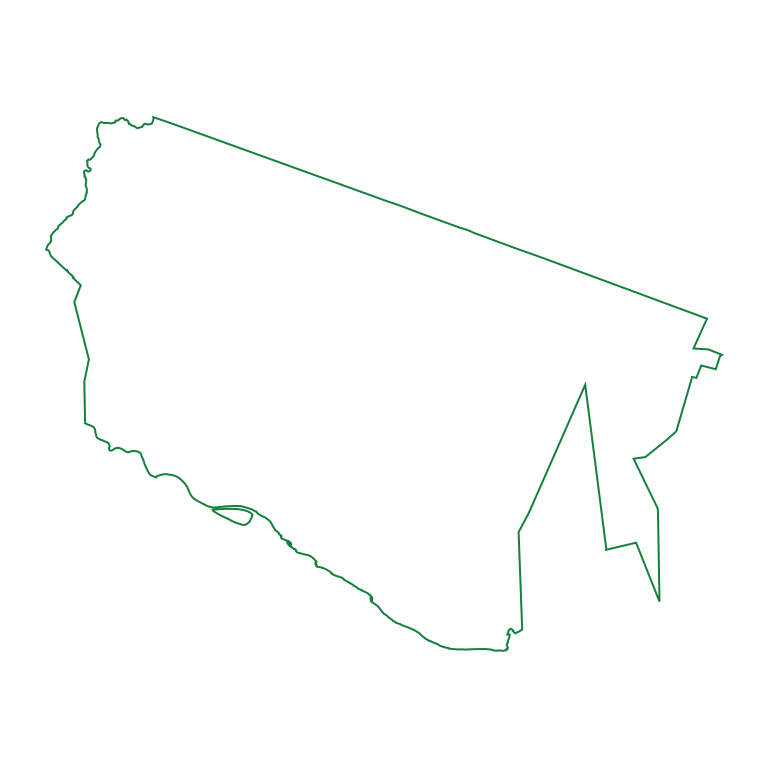 outline of San Luis Río Colorado, Sonora, Mexico
{"feature_id": "50627088B17136177006846", "entity_name": "San Luis Río Colorado", "entity_type": "district", "adm_level": 2, "iso_a3": "MEX", "parent_name": "Mexico", "parent_adm1": "Sonora", "projection": "robinson", "projection_center": [-114.67, 31.992], "detail": "fine", "context": "isolated", "style": "outline", "palette": "green", "viewbox_px": 768, "rotation_deg": 0, "n_neighbors": 0, "source": "geoboundaries", "source_scale": "gbopen_adm2", "svg_char_len": 5985}
<svg xmlns="http://www.w3.org/2000/svg" viewBox="0 0 768 768"><path d="M156.1,477.5L157.2,475.8L159.1,475.5L161.1,474.8L165.0,474.1L167.5,474.3L173.4,475.3L177.0,476.7L178.6,477.7L181.0,479.6L184.9,483.6L187.4,487.3L189.4,492.3L190.7,494.9L192.3,497.1L193.9,498.6L199.3,501.9L207.2,506.0L211.9,507.3L213.8,507.5L217.5,507.3L224.1,506.5L235.4,505.9L240.2,506.1L243.6,506.8L251.7,509.3L255.5,511.4L256.6,511.8L257.0,512.7L258.6,514.2L263.3,516.7L265.3,517.6L269.5,520.7L271.4,523.4L273.3,527.1L274.7,529.0L274.7,529.4L275.0,529.9L278.8,532.9L278.8,533.6L279.4,534.6L280.5,535.0L281.3,535.6L281.5,536.0L281.4,536.4L280.8,536.8L280.8,537.0L281.5,537.7L281.5,538.5L282.9,539.1L284.9,539.7L285.1,540.0L288.2,541.0L289.6,541.9L290.5,542.8L291.1,543.7L291.2,544.4L290.9,544.9L290.5,544.5L289.6,544.1L288.0,542.5L287.3,542.5L287.4,543.0L288.4,544.5L289.0,544.9L289.1,545.4L289.8,545.8L289.8,546.1L291.0,546.7L290.9,546.8L293.3,548.4L293.6,548.8L294.9,549.3L294.7,549.0L295.1,549.1L295.6,549.5L296.1,550.2L296.0,550.6L296.3,551.5L297.0,552.2L297.4,552.5L303.9,554.3L308.3,555.2L310.7,556.2L313.7,558.6L315.3,560.5L316.2,561.2L316.5,562.2L316.2,562.7L315.9,562.6L315.7,562.3L315.6,563.2L316.6,565.1L316.2,565.0L316.6,565.5L316.3,565.9L316.4,566.1L316.9,566.7L321.1,567.4L324.1,568.4L326.6,569.6L329.9,571.6L332.7,574.0L331.7,573.6L331.6,573.8L336.1,575.9L338.1,576.4L338.1,576.5L339.0,576.7L341.9,577.7L343.0,578.4L343.0,578.6L343.6,579.0L343.9,579.6L353.4,585.1L353.5,585.7L356.1,586.8L357.3,587.9L356.6,587.5L356.3,587.5L357.3,588.0L358.4,588.8L361.7,590.1L361.6,590.4L366.4,592.5L368.1,593.6L368.8,594.4L370.9,595.9L372.1,597.5L372.3,598.6L371.9,600.2L371.6,599.5L371.5,598.3L371.6,598.0L371.3,597.6L371.2,596.6L370.8,596.0L370.7,596.9L371.3,598.0L371.1,598.2L371.2,599.4L371.8,600.9L372.4,601.7L370.8,600.0L371.0,601.2L371.4,601.7L372.9,602.8L375.4,604.2L376.1,605.0L377.1,605.6L379.0,607.5L380.5,609.8L381.7,611.0L381.8,611.5L383.4,613.3L386.5,615.4L389.1,617.8L391.8,619.5L392.8,620.8L393.4,620.9L395.0,621.9L395.7,622.4L395.6,622.5L396.2,622.9L399.9,624.0L403.0,625.6L408.9,627.7L414.7,630.3L419.7,633.6L420.7,634.8L424.4,637.8L425.3,638.4L425.3,638.6L428.5,640.3L428.7,640.8L430.4,641.1L431.3,641.5L432.5,642.3L433.5,642.4L434.6,643.2L435.3,643.2L437.2,644.0L439.9,645.6L442.2,646.6L445.0,647.4L447.6,647.9L449.3,648.4L449.2,648.6L451.8,649.0L457.3,649.4L463.5,649.4L464.7,649.6L472.3,649.2L485.2,649.0L490.7,649.5L493.6,650.3L495.6,650.7L499.3,650.5L503.4,650.8L505.8,650.1L506.2,650.3L506.6,649.8L506.6,649.1L507.3,649.1L507.6,648.8L507.4,648.5L507.5,647.8L507.8,647.1L506.6,645.0L507.1,643.6L507.5,643.3L507.4,642.8L507.5,642.3L508.0,641.8L508.2,639.8L508.9,638.6L509.2,637.7L509.4,636.4L509.7,635.0L509.7,634.6L509.1,634.3L507.4,634.5L508.3,631.4L509.0,630.0L510.6,628.7L513.0,630.2L513.1,631.3L514.6,632.9L515.3,633.3L515.5,633.1L518.8,631.7L522.2,629.6L518.6,532.1L528.8,513.0L585.2,384.8L606.3,549.1L606.1,549.8L636.1,542.7L659.5,601.6L658.0,513.0L657.7,508.4L633.6,458.7L645.3,457.1L667.0,439.6L676.3,431.3L691.3,380.0L692.0,376.9L696.4,377.9L701.2,365.5L715.8,369.2L720.0,356.2L721.9,354.8L708.3,349.4L693.5,348.5L707.0,318.7L539.6,256.8L515.6,248.3L474.0,232.9L468.0,230.2L459.3,227.5L421.9,213.9L399.2,205.3L388.2,201.6L166.7,121.7L153.8,117.4L153.3,117.2L153.5,118.8L153.4,119.4L152.3,122.9L151.2,123.9L148.0,124.6L145.8,123.8L144.8,123.9L143.7,124.5L143.2,125.6L142.3,126.4L142.2,126.9L141.8,127.1L139.3,127.5L138.6,128.0L138.2,127.9L137.7,128.1L136.4,127.8L135.3,126.8L134.2,126.4L133.9,125.9L132.4,125.8L130.0,124.2L129.1,124.0L129.3,123.4L128.6,123.1L128.2,121.2L127.2,120.5L126.5,119.7L125.9,119.7L125.6,120.1L124.7,119.9L124.0,118.7L123.2,118.2L121.8,118.1L120.5,118.4L120.0,118.9L119.0,119.4L118.2,120.4L117.7,120.7L115.9,120.5L115.4,121.1L115.1,122.3L114.6,122.8L112.9,122.7L111.6,123.5L107.9,122.9L104.3,123.1L101.7,122.1L100.6,122.5L98.9,123.7L98.2,126.0L97.1,127.9L97.0,130.8L97.7,134.6L97.5,136.6L98.6,138.9L99.2,141.8L99.8,143.6L100.5,144.5L100.5,145.4L100.1,146.7L98.0,148.4L96.1,150.7L94.6,153.2L94.1,155.4L93.0,156.9L90.3,159.5L89.9,159.7L88.4,159.5L87.1,161.0L87.4,161.5L87.3,164.9L87.5,165.8L87.7,166.4L88.4,167.3L89.1,167.9L89.8,168.1L90.7,169.0L90.6,170.1L90.2,170.7L89.0,171.5L88.0,171.5L86.5,170.3L86.0,170.3L84.6,170.8L84.4,171.5L84.0,172.1L84.1,172.5L83.9,172.8L84.2,173.3L84.3,174.1L84.8,175.4L84.4,176.1L84.7,176.6L85.5,177.3L85.3,178.2L85.9,178.8L86.3,179.6L85.7,185.3L85.8,186.2L86.3,187.2L86.8,188.9L86.9,191.3L86.5,192.3L86.6,192.7L86.8,192.8L85.9,194.9L85.4,196.9L85.2,198.6L84.8,199.8L84.0,200.6L82.1,201.5L78.7,204.6L77.5,206.7L76.6,207.4L75.4,208.8L74.2,209.6L73.4,210.9L72.9,213.1L73.0,213.5L72.7,214.2L71.8,215.0L70.7,215.6L70.0,215.7L66.4,217.5L66.3,217.8L66.6,218.6L66.4,219.0L64.5,220.3L63.8,221.2L62.0,223.1L58.6,225.8L58.1,227.8L57.9,228.3L57.0,229.1L55.8,229.8L55.1,230.8L53.5,232.2L50.7,236.3L50.7,236.8L51.1,237.8L51.2,241.0L50.3,242.4L47.6,245.5L46.1,249.6L47.8,250.1L48.7,250.7L49.4,251.7L50.4,255.0L51.0,256.1L66.6,270.7L67.2,270.2L68.6,273.1L68.6,272.5L73.4,277.0L73.2,277.2L73.5,277.4L73.0,277.9L80.8,285.3L74.3,302.1L88.9,359.4L84.3,381.6L85.1,423.4L91.7,426.0L93.3,426.9L94.2,427.8L95.1,429.7L95.4,432.6L96.5,436.5L96.9,437.4L97.4,438.1L101.3,440.0L102.5,440.2L104.2,441.2L106.6,442.0L108.3,443.1L109.1,444.3L109.6,445.6L109.6,446.7L109.0,447.9L109.0,449.1L109.6,450.3L110.1,450.6L111.4,450.6L112.5,450.2L114.9,448.5L115.5,448.3L117.4,447.9L118.6,447.9L120.2,448.3L121.9,449.0L125.6,451.5L127.1,452.1L129.0,452.1L132.0,451.1L133.7,451.0L136.1,451.2L138.2,451.7L139.9,452.6L140.6,453.5L141.1,454.4L142.0,457.4L143.3,459.7L144.6,464.2L147.7,471.0L149.5,473.9L150.8,475.3L156.1,477.5ZM223.9,508.9L212.7,509.7L213.3,511.0L217.3,513.5L222.1,516.1L228.9,519.3L232.3,521.2L236.4,522.9L241.9,524.7L244.0,525.0L245.0,524.8L246.4,524.2L248.7,522.5L250.0,521.2L250.8,518.9L252.2,516.3L252.0,515.5L252.5,514.7L250.9,513.1L247.7,511.3L244.9,510.4L239.4,509.3L233.3,508.9L223.9,508.9Z" fill="none" stroke="#15803d" stroke-width="2"/></svg>